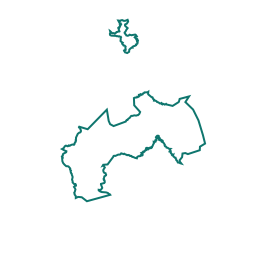 Santiago Choápam, Oaxaca, Mexico (Robinson projection), rotated 306°
{"feature_id": "50627088B5221153952637", "entity_name": "Santiago Choápam", "entity_type": "district", "adm_level": 2, "iso_a3": "MEX", "parent_name": "Mexico", "parent_adm1": "Oaxaca", "projection": "robinson", "projection_center": [-95.863, 17.388], "detail": "fine", "context": "isolated", "style": "outline", "palette": "teal", "viewbox_px": 256, "rotation_deg": 306, "n_neighbors": 0, "source": "geoboundaries", "source_scale": "gbopen_adm2", "svg_char_len": 5848}
<svg xmlns="http://www.w3.org/2000/svg" viewBox="0 0 256 256"><g transform="rotate(306 128 128)"><path d="M44.6,137.8L63.5,152.9L63.7,152.3L63.4,151.1L63.6,149.9L63.0,148.1L60.7,144.3L60.3,142.8L60.3,141.0L60.8,140.6L61.6,142.1L62.8,142.4L64.3,142.4L64.6,142.2L66.4,139.3L66.9,139.0L69.5,141.1L70.4,141.1L71.5,140.2L72.0,139.4L71.7,139.2L71.8,138.9L72.6,138.1L73.5,138.0L74.9,137.3L76.8,138.0L77.3,137.8L77.4,137.4L78.2,136.5L77.8,135.0L78.3,133.8L79.4,132.7L82.0,132.4L82.3,132.5L82.8,131.5L83.2,130.0L82.7,129.7L83.7,129.6L86.5,132.9L95.8,133.0L96.9,132.8L97.4,133.1L98.0,134.2L100.7,135.7L101.8,137.1L102.6,137.4L103.5,137.4L104.3,139.8L105.0,140.1L105.1,141.4L105.5,142.6L105.4,142.6L105.5,143.3L106.4,144.1L106.5,144.9L106.8,145.2L106.6,145.5L106.6,146.2L107.4,147.2L107.1,148.1L107.3,148.4L107.3,148.9L107.6,149.3L108.0,151.3L108.7,153.0L109.9,152.5L111.3,153.0L112.3,154.3L112.8,154.7L113.5,154.2L114.1,154.5L114.7,154.3L114.3,155.1L114.4,155.7L114.8,155.7L115.5,155.1L115.8,153.6L117.0,154.5L117.4,154.1L117.8,154.1L118.1,154.3L118.0,155.0L118.7,155.2L119.3,155.0L120.2,155.4L120.6,155.0L120.8,155.0L121.1,155.8L121.8,155.8L122.3,154.5L122.8,154.6L123.0,154.9L122.6,155.2L122.3,156.0L122.4,156.8L123.7,157.1L123.9,156.5L124.2,156.9L125.0,157.3L124.6,157.7L125.4,158.6L126.4,158.8L127.0,158.3L127.6,158.5L129.8,158.0L130.7,158.0L131.5,157.3L131.5,157.7L132.0,157.8L132.6,157.4L133.2,158.3L133.8,158.1L134.0,157.4L134.3,157.3L134.5,157.5L134.5,158.1L134.9,158.2L136.1,157.3L137.0,157.7L137.1,157.4L136.7,156.3L136.9,156.0L137.7,156.1L138.2,155.9L138.4,155.3L138.5,156.2L139.2,156.5L139.6,157.2L139.6,157.6L139.0,158.0L138.5,159.5L137.8,159.3L137.1,159.6L136.6,160.2L136.7,160.6L137.3,160.7L137.9,161.4L138.0,162.4L137.4,162.0L137.1,162.1L137.1,162.9L136.7,163.3L136.8,163.9L137.5,164.1L137.4,164.3L137.0,164.4L136.7,166.4L136.1,167.2L136.1,167.6L135.3,168.0L135.0,168.8L135.3,169.5L135.1,170.4L134.8,170.7L135.3,171.9L135.3,173.4L135.8,174.2L135.5,174.1L134.9,175.6L134.6,175.7L133.5,175.3L133.3,175.4L133.8,176.7L132.9,177.4L132.8,177.8L132.8,178.7L132.0,179.3L131.9,179.8L132.1,180.1L132.9,180.4L132.2,180.7L131.7,181.5L131.6,183.3L131.9,183.9L131.4,184.2L131.1,185.4L130.5,185.7L130.3,187.1L129.8,187.7L129.4,188.8L129.9,189.4L130.2,190.1L130.1,190.7L130.6,192.1L131.3,189.7L132.3,188.7L136.2,188.9L139.4,187.1L141.4,189.1L142.1,191.8L152.2,199.1L155.2,197.2L160.7,199.5L166.3,192.8L175.6,180.5L181.2,169.8L182.7,159.2L189.4,158.8L181.9,152.7L179.3,153.7L178.6,153.7L172.1,151.1L169.8,145.6L169.9,144.8L169.4,144.8L169.1,144.1L168.5,143.9L168.3,142.4L168.0,142.1L167.3,142.0L167.2,141.5L167.9,140.8L167.9,140.3L167.2,140.2L166.6,139.5L166.6,137.5L166.1,136.3L166.4,135.7L166.3,134.2L165.4,132.9L166.3,132.4L166.2,131.4L167.2,129.9L167.2,129.6L166.8,129.2L167.1,124.7L167.4,124.2L169.2,123.1L168.3,122.8L166.5,120.4L165.7,120.4L165.0,119.9L164.2,120.0L164.1,119.5L164.3,119.1L163.6,119.7L163.0,119.6L163.1,119.2L162.8,119.0L162.8,118.3L162.2,118.1L161.7,117.7L161.5,118.4L161.2,118.3L160.7,118.5L160.5,118.3L160.5,117.8L159.9,118.2L159.7,118.0L159.2,117.9L158.8,117.3L158.5,117.6L157.2,116.5L156.9,115.9L155.7,115.2L150.0,119.7L148.1,128.4L145.9,128.9L144.2,128.5L144.0,128.1L142.8,127.3L141.9,125.6L140.4,124.5L139.9,123.7L139.3,123.4L137.2,123.4L135.6,122.8L134.2,122.9L134.0,122.4L133.8,122.3L132.9,122.2L131.9,122.4L121.1,115.2L120.6,111.3L122.4,108.2L130.4,100.1L103.3,96.1L100.4,87.8L99.8,87.8L99.6,88.1L99.8,88.8L99.6,89.6L98.8,90.4L98.5,91.2L97.8,91.8L97.2,92.0L96.3,91.9L95.6,91.3L93.8,90.8L89.6,91.6L88.3,92.6L87.5,92.7L87.3,93.3L86.2,93.7L85.8,93.8L85.1,93.5L84.3,93.9L83.8,93.9L83.4,94.2L82.6,94.1L82.4,93.3L81.8,92.6L80.6,91.8L79.7,91.5L79.5,91.0L79.0,90.9L78.9,90.2L78.1,90.2L77.6,89.7L77.5,88.8L77.2,88.1L76.0,87.6L73.9,87.8L72.2,87.0L72.6,90.3L72.9,91.4L73.0,91.8L72.5,92.1L72.0,92.2L69.1,90.8L68.4,90.8L67.4,91.5L66.1,91.2L65.8,91.5L65.8,92.4L65.5,92.8L64.7,92.6L62.5,94.5L61.5,96.2L61.0,98.3L60.8,100.5L61.4,101.3L61.9,102.4L61.4,104.7L61.0,105.4L60.4,105.5L60.0,106.2L60.0,106.8L59.4,106.9L58.7,107.5L58.6,108.0L57.9,108.7L57.9,109.3L57.0,110.2L56.2,111.6L55.5,112.2L53.3,113.1L52.4,114.5L51.4,115.2L51.0,117.5L51.7,118.3L51.3,118.6L51.3,119.4L50.8,119.8L49.8,119.1L48.6,118.9L48.0,120.6L47.4,121.6L44.9,122.5L43.9,122.6L43.5,123.4L42.8,123.9L42.2,125.8L40.7,126.9L42.9,128.1L44.8,131.3L44.6,137.8ZM209.2,56.9L207.9,59.6L208.3,60.7L207.8,61.1L207.6,61.0L207.7,61.5L207.0,61.6L206.4,61.2L205.7,61.5L205.6,61.8L205.0,61.9L204.8,61.7L204.5,61.9L204.3,61.6L203.6,61.3L203.5,61.5L203.2,61.5L203.2,62.2L202.4,62.5L201.1,64.3L200.8,64.1L200.5,63.4L199.5,63.0L198.9,62.3L197.4,62.2L196.6,61.9L196.5,60.9L195.6,59.7L195.3,59.0L195.6,58.3L195.2,58.0L195.9,56.8L195.9,56.5L195.0,57.6L193.5,58.0L192.8,58.7L192.7,59.2L193.0,60.3L195.5,64.2L195.6,64.9L196.3,65.7L196.4,66.5L197.1,67.1L197.3,68.6L198.3,69.1L197.6,68.9L197.3,69.0L195.8,69.6L195.0,70.4L194.4,70.5L193.8,71.1L193.9,73.6L193.0,73.5L192.6,74.0L192.6,74.7L192.1,75.9L192.7,76.7L192.5,78.2L191.2,78.8L190.3,79.9L189.7,80.2L188.8,79.3L188.2,79.3L187.5,81.2L187.9,81.7L187.8,82.2L188.2,83.3L190.3,84.1L192.2,83.0L193.9,83.3L195.3,83.8L195.7,84.5L196.3,84.0L197.3,84.3L198.2,85.1L199.7,85.9L200.2,85.4L200.5,85.7L201.0,85.7L201.7,86.0L202.6,85.7L203.6,85.0L204.6,84.7L204.7,84.3L203.6,84.1L204.1,83.5L205.3,83.4L205.4,83.0L204.7,82.7L204.7,82.3L205.1,81.5L205.3,80.1L206.1,80.2L206.7,81.0L207.3,81.3L207.9,79.5L207.8,78.9L205.7,76.8L205.2,76.5L204.4,74.4L203.3,74.2L202.4,73.5L201.9,72.2L202.3,71.6L202.3,70.9L202.6,70.5L202.9,69.4L203.3,69.1L204.6,69.3L206.7,68.9L207.1,69.0L208.6,69.0L208.7,68.5L208.6,67.9L208.9,66.6L208.9,65.9L209.1,65.4L210.0,64.8L211.8,65.7L213.4,65.6L213.9,65.3L214.2,65.5L214.6,65.2L215.3,64.1L213.2,62.8L212.4,61.9L212.0,61.1L212.1,60.6L211.9,59.9L211.0,59.0L209.9,58.8L209.7,57.7L209.2,56.9Z" fill="none" stroke="#0f766e" stroke-width="2"/></g></svg>